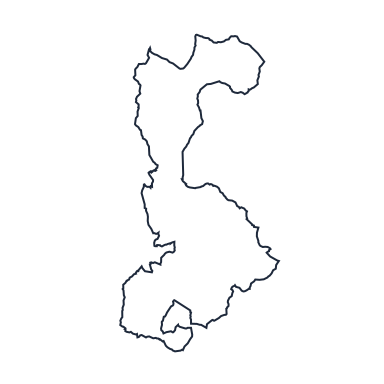 the district of Bicaz-Chei, Neamt, Romania, rotated 259°
{"feature_id": "2599482B72252558499545", "entity_name": "Bicaz-Chei", "entity_type": "district", "adm_level": 2, "iso_a3": "ROU", "parent_name": "Romania", "parent_adm1": "Neamt", "projection": "mercator", "projection_center": [25.891, 46.819], "detail": "fine", "context": "isolated", "style": "outline", "palette": "slate", "viewbox_px": 384, "rotation_deg": 259, "n_neighbors": 0, "source": "geoboundaries", "source_scale": "gbopen_adm2", "svg_char_len": 6012}
<svg xmlns="http://www.w3.org/2000/svg" viewBox="0 0 384 384"><g transform="rotate(259 192 192)"><path d="M306.1,287.8L315.7,283.0L322.9,277.9L323.8,277.6L325.7,276.0L326.9,274.3L327.2,272.7L329.4,269.2L330.9,267.6L336.0,265.9L336.9,263.9L336.8,262.7L337.4,260.2L336.3,258.5L334.8,257.2L334.9,254.4L333.7,252.0L333.5,248.9L334.3,246.2L333.7,244.8L334.7,241.7L336.9,240.3L338.1,238.3L339.1,238.2L340.0,237.1L340.5,235.0L341.6,232.6L342.7,231.7L343.2,230.2L345.5,226.7L345.4,225.8L344.1,224.9L340.0,224.5L336.5,223.3L335.1,223.5L333.4,222.0L331.2,221.5L328.5,219.9L326.4,219.2L324.7,217.3L323.1,216.3L318.6,211.9L315.5,208.1L314.9,206.9L315.1,204.2L315.6,203.3L321.8,197.9L323.8,194.7L326.8,192.7L329.2,188.1L333.2,183.7L334.3,181.5L336.3,179.2L338.6,177.7L339.9,178.4L341.4,178.3L340.2,177.4L338.9,177.5L338.7,177.3L339.6,176.7L335.0,174.5L331.9,175.5L327.3,171.5L326.8,170.7L326.8,169.9L327.2,169.1L327.3,166.5L327.8,164.3L325.2,162.3L323.7,160.1L322.9,159.5L317.4,158.7L315.8,156.7L315.1,156.7L313.7,157.3L310.7,160.1L308.3,160.5L307.3,161.5L306.5,161.8L301.0,159.7L298.4,160.0L296.0,156.2L294.0,154.8L292.4,154.8L291.0,154.1L288.2,156.3L286.3,156.0L285.4,155.3L284.6,155.8L281.4,153.9L277.0,153.2L275.2,151.0L269.5,149.0L268.1,149.6L266.0,151.7L263.0,152.8L262.4,153.7L257.6,153.4L255.9,154.1L254.0,154.0L252.4,156.1L250.4,157.3L247.6,157.4L245.0,158.4L236.5,157.2L229.1,159.7L227.9,160.9L226.3,161.6L224.8,163.4L222.4,162.5L222.1,161.4L221.7,161.0L221.0,160.4L220.2,161.0L219.7,160.2L220.0,159.2L220.6,158.9L220.3,157.9L219.5,157.1L219.9,156.8L220.2,155.8L219.0,155.5L219.9,154.2L219.1,153.0L217.0,153.5L211.2,156.1L209.7,155.7L208.1,154.3L204.8,153.8L205.6,152.7L204.0,152.1L205.2,151.3L205.6,149.0L206.9,147.5L208.6,146.8L208.5,146.2L206.1,145.6L203.1,143.4L200.5,142.3L188.9,143.2L185.3,142.5L184.4,143.8L182.4,143.3L178.9,144.1L176.1,144.0L172.0,143.0L168.1,143.0L163.6,145.0L158.9,146.1L158.9,147.0L157.8,148.7L157.7,149.5L158.5,151.3L157.5,150.9L155.3,151.3L152.5,149.2L152.3,147.7L151.5,146.3L149.4,145.2L146.3,144.8L145.9,145.3L145.5,147.1L146.5,147.4L146.5,148.2L145.8,150.5L145.2,150.7L144.3,152.1L145.2,154.8L145.4,156.1L145.2,156.9L145.6,158.2L145.9,161.5L145.6,161.4L146.3,162.9L146.5,165.2L143.0,164.4L140.8,164.5L139.6,163.9L137.9,163.9L136.8,162.8L136.2,161.4L137.7,158.4L137.5,155.3L136.6,153.6L135.6,152.7L133.3,149.2L129.1,148.3L127.6,147.2L126.8,147.1L130.1,142.1L129.7,140.2L130.7,138.6L130.6,137.6L129.4,137.8L129.0,136.8L123.8,137.2L122.1,138.0L120.8,137.3L123.2,130.7L126.7,128.8L128.6,128.4L125.1,124.2L124.6,124.2L124.5,123.9L125.0,123.3L124.7,122.7L123.0,121.1L122.5,121.3L122.3,119.2L120.6,117.1L119.8,114.5L118.1,113.6L118.0,112.7L117.1,111.1L117.3,110.8L115.5,109.3L114.1,106.8L110.6,106.2L110.0,105.4L108.6,106.0L103.6,105.4L101.5,105.9L98.6,104.1L94.4,103.5L91.5,101.7L89.4,101.5L88.5,100.8L82.4,99.7L81.4,98.5L79.3,97.1L77.7,97.3L75.1,96.2L73.1,98.1L72.9,98.9L70.8,100.7L70.3,100.6L70.1,100.1L69.8,100.5L68.2,100.0L67.2,101.2L66.1,103.8L66.4,105.3L64.2,107.0L62.8,109.9L63.1,110.9L59.7,110.7L59.8,112.1L61.2,113.9L61.2,115.3L58.0,119.1L58.5,120.4L58.4,122.4L55.8,126.0L55.7,128.7L55.0,129.4L54.7,130.8L53.4,131.9L53.7,132.3L50.8,134.8L51.1,135.7L46.1,137.0L44.2,138.3L42.1,140.6L41.3,142.2L40.1,142.9L38.8,144.9L38.5,150.5L39.1,152.2L38.5,152.9L41.8,155.2L44.3,159.0L47.9,162.1L50.1,164.5L52.0,165.0L58.9,165.1L59.5,161.8L59.1,160.5L59.3,159.4L62.0,154.3L63.4,153.0L64.3,153.0L62.4,150.1L59.6,149.0L57.9,146.9L57.9,146.3L59.3,144.8L59.3,140.2L58.6,137.0L60.7,136.7L62.2,135.5L64.0,135.6L67.3,137.2L69.9,137.5L70.5,137.7L71.2,138.9L74.9,140.5L74.9,141.6L75.8,142.6L78.5,144.5L83.7,149.6L84.2,151.4L84.8,152.1L86.2,152.6L88.1,152.5L88.9,153.4L89.2,153.9L89.0,154.2L76.1,167.7L75.2,167.5L74.1,167.9L74.0,167.5L73.0,167.7L71.3,166.8L70.2,167.0L68.7,166.3L67.0,166.7L62.9,165.9L61.6,171.6L60.2,174.2L59.9,175.6L55.9,180.2L59.4,181.5L62.4,187.2L62.5,188.0L61.7,188.6L61.4,189.4L63.2,194.4L64.7,196.9L65.2,200.4L65.0,201.8L65.7,202.7L70.9,203.4L71.1,204.0L72.1,204.5L73.0,206.0L73.6,206.2L75.0,206.5L77.1,206.1L78.5,206.6L81.1,208.6L82.2,211.1L85.2,212.4L86.5,213.4L87.8,213.1L89.2,211.9L90.8,213.0L91.5,214.2L91.8,215.9L92.3,216.4L90.5,217.1L88.9,220.3L85.6,222.0L84.6,223.4L84.5,224.8L85.0,226.7L86.1,229.3L85.9,230.2L87.2,230.4L88.5,231.5L90.9,232.5L92.5,236.0L94.0,237.4L92.9,241.6L92.6,245.8L93.7,249.8L94.5,250.7L95.0,252.2L96.9,254.6L99.7,256.7L100.7,259.6L104.3,260.7L107.7,264.1L108.5,262.6L113.8,256.4L118.2,253.7L118.8,254.7L119.2,256.3L120.2,256.5L121.0,258.2L122.0,257.7L123.6,255.8L124.3,253.3L124.5,251.0L126.0,248.9L126.9,248.3L130.0,247.5L131.3,247.8L136.1,247.2L139.7,248.0L144.4,250.4L145.9,246.2L147.2,246.4L148.0,244.8L148.5,245.0L155.0,240.4L155.5,241.1L157.7,240.8L161.1,241.4L162.5,242.3L163.4,241.3L165.8,240.1L167.6,237.4L166.9,235.7L168.5,235.1L169.5,233.7L173.5,232.7L175.9,229.8L177.0,226.2L177.8,225.3L180.2,223.9L180.9,223.9L182.3,222.7L185.0,221.8L186.6,219.8L190.5,219.1L192.4,217.6L193.9,215.2L193.9,214.0L195.1,213.6L196.2,212.0L195.9,210.7L197.2,209.6L197.5,208.5L197.3,206.8L195.7,204.0L195.6,202.1L195.2,201.5L195.3,196.3L195.1,195.9L196.9,190.7L197.9,188.9L199.4,187.6L200.6,187.2L201.0,187.8L204.4,185.1L206.5,184.5L206.4,185.3L208.1,185.6L210.3,186.6L233.2,190.4L236.0,192.8L237.7,195.0L239.4,196.2L240.8,197.9L245.1,200.3L245.8,201.3L247.2,202.3L248.5,204.3L251.5,206.0L254.7,210.4L255.3,212.0L255.8,212.3L256.7,214.9L259.5,216.2L262.7,215.3L270.4,215.9L270.5,215.3L273.7,215.0L276.7,214.0L278.1,215.0L280.9,215.4L282.6,215.0L284.8,216.0L286.6,216.2L288.6,218.5L290.9,219.8L294.9,227.2L294.5,231.1L295.5,240.0L294.4,240.8L293.2,242.5L292.2,245.1L288.8,249.0L288.1,249.4L287.0,249.2L284.4,250.6L283.0,250.8L281.4,253.1L280.4,255.8L280.8,259.0L279.8,260.7L278.0,262.3L278.2,263.0L279.1,265.6L279.6,265.8L280.2,266.8L281.9,267.2L281.4,267.9L281.5,268.9L282.4,270.7L282.8,272.6L285.4,277.2L289.2,277.5L292.6,279.7L294.2,279.6L297.3,281.5L300.5,281.7L301.7,282.4L303.1,284.6L306.1,287.8Z" fill="none" stroke="#1e293b" stroke-width="2"/></g></svg>